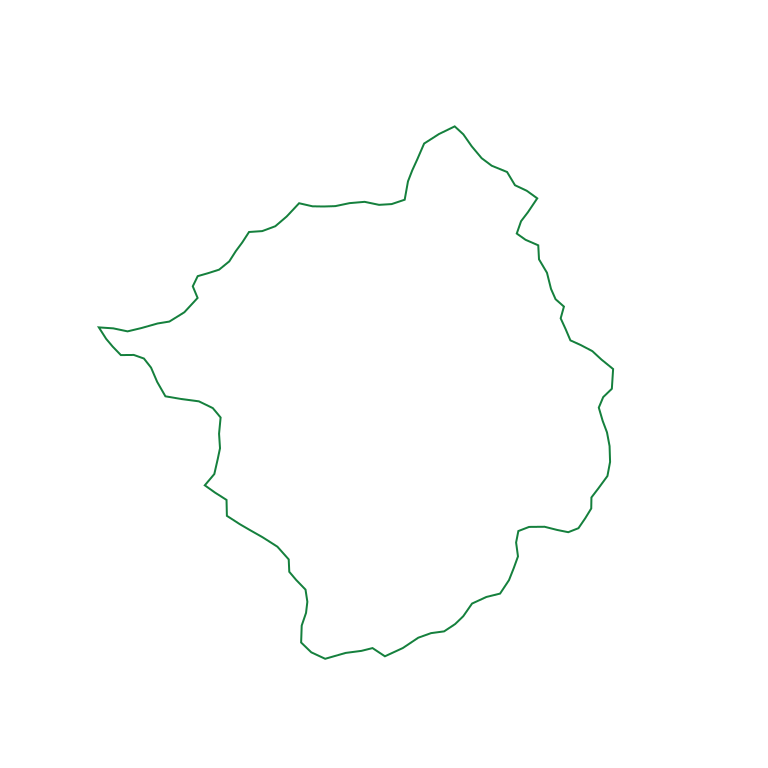 Santa Efigênia de Minas, Minas Gerais, Brazil, rotated 226°
{"feature_id": "56859067B31006487845376", "entity_name": "Santa Efigênia de Minas", "entity_type": "district", "adm_level": 2, "iso_a3": "BRA", "parent_name": "Brazil", "parent_adm1": "Minas Gerais", "projection": "albers", "projection_center": [-42.4, -18.864], "detail": "fine", "context": "isolated", "style": "outline", "palette": "green", "viewbox_px": 768, "rotation_deg": 226, "n_neighbors": 0, "source": "geoboundaries", "source_scale": "gbopen_adm2", "svg_char_len": 1714}
<svg xmlns="http://www.w3.org/2000/svg" viewBox="0 0 768 768"><g transform="rotate(226 384 384)"><path d="M520.2,613.8L525.6,597.3L529.1,579.9L522.4,563.8L518.0,552.6L513.1,542.0L502.2,526.9L508.1,514.5L516.3,504.9L528.5,496.6L538.0,484.9L545.8,472.5L553.7,463.8L561.5,456.0L573.0,448.5L572.1,430.3L573.0,415.4L578.6,402.6L587.1,392.5L584.3,380.4L582.5,369.6L579.7,357.9L580.8,344.8L586.0,334.3L591.0,324.9L587.1,314.3L575.4,309.7L574.3,290.2L578.0,273.0L584.8,263.2L592.8,248.3L600.0,236.1L612.1,227.9L622.8,218.2L609.5,215.5L599.3,214.8L587.6,214.8L578.7,224.2L569.1,229.0L557.6,227.8L543.1,222.3L527.0,218.2L514.2,227.6L500.1,238.8L485.6,244.1L473.4,243.2L462.8,230.8L451.7,221.4L445.6,212.4L437.1,199.4L435.6,184.7L423.3,187.0L410.0,190.2L398.3,179.4L383.3,182.9L372.0,186.1L358.1,190.2L341.0,194.3L324.0,193.6L314.7,185.4L304.1,184.7L290.6,184.7L280.6,177.6L273.5,168.9L267.4,157.0L255.6,144.8L241.5,145.3L227.2,150.8L217.2,169.6L207.7,182.4L202.0,192.3L187.5,195.5L181.0,214.1L177.7,232.4L172.1,244.8L164.3,255.4L161.9,268.4L161.9,279.7L164.9,294.8L159.7,309.7L152.6,321.9L156.1,337.7L161.5,349.6L166.9,360.6L178.2,368.9L184.9,378.5L180.4,389.1L169.8,400.3L158.7,407.2L149.4,413.6L145.2,423.7L147.6,435.4L150.5,446.6L158.3,454.4L160.0,465.7L162.6,480.8L170.9,492.5L182.6,503.1L194.3,510.8L205.6,515.7L217.8,522.1L222.3,532.6L222.3,544.6L235.6,559.2L250.5,557.4L262.9,556.7L275.3,552.6L285.9,548.4L297.4,552.8L308.5,556.7L314.7,567.2L325.8,566.3L336.4,570.2L350.8,578.5L366.0,582.1L376.6,591.3L389.4,586.0L400.0,584.0L405.9,595.7L407.6,606.9L411.1,623.2L423.9,620.9L436.0,616.3L451.0,619.8L466.2,613.1L478.6,611.1L494.0,612.2L508.5,614.5L520.2,613.8Z" fill="none" stroke="#15803d" stroke-width="2"/></g></svg>